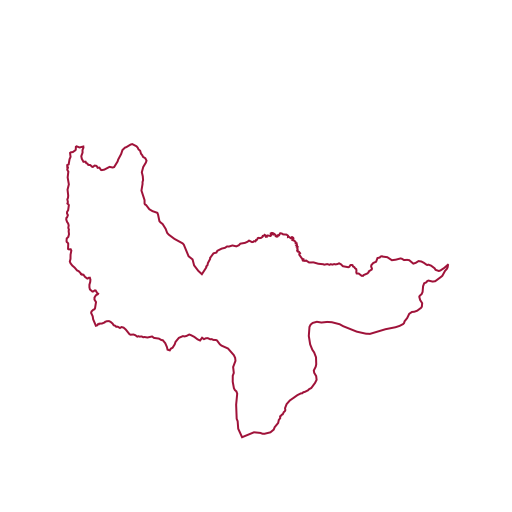 El Rosario, Nariño, Colombia, rotated 158°
{"feature_id": "7082276B32433349406288", "entity_name": "El Rosario", "entity_type": "district", "adm_level": 2, "iso_a3": "COL", "parent_name": "Colombia", "parent_adm1": "Nariño", "projection": "robinson", "projection_center": [-77.45, 1.827], "detail": "fine", "context": "isolated", "style": "outline", "palette": "rose", "viewbox_px": 512, "rotation_deg": 158, "n_neighbors": 0, "source": "geoboundaries", "source_scale": "gbopen_adm2", "svg_char_len": 6136}
<svg xmlns="http://www.w3.org/2000/svg" viewBox="0 0 512 512"><g transform="rotate(158 256 256)"><path d="M430.6,251.3L429.1,251.2L428.0,252.0L427.2,251.6L426.7,252.0L424.2,251.1L421.2,251.1L420.6,251.5L418.7,251.4L416.7,250.7L415.5,249.4L414.3,247.1L413.9,245.1L412.8,244.2L412.1,242.7L411.3,242.6L410.5,242.0L409.1,240.2L407.3,240.5L405.6,239.2L404.3,236.6L402.6,230.9L401.8,230.0L399.0,229.1L397.5,227.7L396.3,225.7L395.1,225.7L394.2,224.9L392.1,224.2L391.0,222.9L389.8,222.7L387.2,221.1L382.5,220.3L381.3,218.3L377.0,215.8L375.2,213.5L374.0,212.9L372.8,209.2L372.7,204.9L373.1,202.3L371.3,200.8L369.7,202.0L367.7,202.2L364.5,204.5L362.8,206.5L358.2,209.0L353.8,209.1L352.4,208.2L350.4,207.9L347.3,208.2L345.8,206.8L343.5,204.1L341.4,200.6L339.5,198.6L336.6,200.4L335.4,198.4L333.3,198.5L331.5,197.9L329.6,195.9L328.2,195.5L327.0,194.2L324.6,193.1L323.8,192.3L322.6,187.7L321.6,185.9L316.6,180.7L313.7,172.4L313.5,169.4L314.3,166.5L318.8,161.6L320.4,155.9L322.4,153.7L324.7,148.1L326.0,141.7L325.8,139.6L324.9,137.8L325.0,135.4L330.1,125.6L334.9,112.3L334.9,109.7L337.2,102.5L336.8,93.2L323.9,93.3L318.2,90.3L316.6,88.8L314.8,88.0L308.7,87.1L304.6,88.4L302.8,90.3L298.0,92.9L296.3,95.4L294.3,96.6L293.7,98.3L292.3,98.6L291.7,99.2L290.5,99.2L288.8,100.8L287.4,101.3L286.5,102.2L286.1,104.0L283.1,107.2L278.7,109.4L269.7,111.5L265.9,111.8L264.5,111.4L263.1,112.0L261.9,111.7L258.0,112.0L256.8,112.6L254.2,112.9L248.8,116.2L246.2,118.5L245.2,122.1L245.8,125.9L245.3,128.2L242.1,131.0L240.7,133.1L238.3,139.6L238.2,144.8L238.9,148.0L238.9,153.7L237.0,162.1L233.0,170.2L231.2,171.8L229.6,172.4L228.4,172.7L224.2,172.2L220.3,169.8L214.7,168.2L210.5,166.2L204.0,161.4L201.5,158.3L190.9,148.1L183.2,142.8L179.5,141.1L163.3,139.6L153.4,137.7L149.0,137.4L145.0,137.8L143.8,138.4L142.7,139.8L139.1,141.8L135.6,145.0L132.4,145.7L130.0,145.0L127.0,144.9L122.4,146.1L121.2,146.9L119.6,150.0L120.3,153.7L119.9,157.0L119.2,157.7L116.6,158.7L115.0,160.3L112.4,165.4L110.3,167.7L107.9,167.8L106.6,168.6L105.3,168.6L101.8,166.1L99.3,165.5L92.7,167.2L90.7,167.8L86.3,171.4L83.8,172.6L82.6,173.7L81.3,175.8L81.4,176.0L86.0,174.4L90.4,173.5L92.1,173.6L94.7,175.9L95.0,177.7L97.3,181.5L99.4,183.4L100.6,183.5L101.2,184.1L102.9,186.8L104.8,189.0L107.2,190.4L110.5,189.8L113.0,190.0L115.5,194.7L117.3,195.8L120.3,196.8L121.8,198.8L122.9,199.6L127.7,200.2L131.6,201.2L134.7,205.7L139.1,208.2L139.3,208.6L140.7,208.8L141.9,208.2L144.1,208.6L146.8,205.7L149.9,205.6L152.5,204.3L153.2,203.1L153.2,200.9L153.8,200.1L157.2,199.5L157.7,198.7L159.2,198.1L163.4,198.0L164.2,197.5L165.5,198.1L167.3,201.2L169.2,202.1L169.1,203.4L168.3,204.9L168.0,206.3L168.8,207.6L169.0,208.8L170.0,210.0L169.9,211.2L170.3,211.7L171.8,212.2L173.6,211.0L174.6,211.0L179.3,214.0L180.3,216.4L181.7,218.1L183.4,218.0L185.4,218.4L186.5,219.2L188.4,219.4L189.8,220.4L191.1,220.3L193.0,221.8L196.0,222.4L196.8,223.2L201.2,225.5L205.0,228.5L209.2,230.1L211.3,233.1L212.3,233.0L214.3,234.2L214.3,234.6L213.3,234.7L213.1,235.1L214.3,236.3L215.4,241.0L215.0,241.8L214.1,242.1L214.6,243.8L215.7,244.5L215.8,244.9L215.4,245.3L215.7,245.8L214.8,246.7L215.0,247.4L214.0,248.8L214.8,249.4L214.1,250.3L214.4,250.7L213.9,250.8L213.6,252.7L214.5,253.0L214.1,254.5L214.8,255.8L216.4,257.3L216.0,258.0L214.8,258.1L214.7,258.8L215.3,259.1L215.2,259.8L215.6,260.1L217.2,259.6L218.5,261.7L219.2,261.7L218.7,262.8L219.7,264.4L222.8,265.9L223.4,266.9L224.7,267.9L225.2,268.0L226.8,266.6L227.6,267.1L228.3,266.3L228.8,266.7L229.2,266.1L229.8,266.3L230.4,267.2L230.2,268.4L230.7,269.6L231.9,269.4L232.4,270.1L231.9,271.0L232.8,271.5L233.9,271.4L234.1,270.8L233.8,269.9L235.0,269.1L237.6,270.7L238.3,270.6L238.7,269.8L239.6,270.1L239.3,271.3L240.1,272.4L241.2,271.8L242.2,272.1L242.8,271.3L244.7,270.9L245.9,271.2L246.6,271.8L247.7,271.9L248.7,270.9L249.6,270.5L250.0,270.8L251.1,269.8L252.3,270.5L253.5,270.1L254.5,270.4L256.7,272.9L258.5,272.4L261.3,272.3L265.9,273.3L267.9,272.4L270.6,272.3L273.9,274.6L277.5,274.9L279.3,275.7L281.7,275.2L285.0,275.7L289.9,275.3L291.4,274.0L294.4,274.4L299.3,271.4L299.6,270.5L303.2,267.5L304.5,265.6L306.0,265.0L306.4,264.0L313.0,259.4L315.1,263.9L316.9,270.5L316.1,276.6L318.6,281.0L318.7,293.6L319.3,295.2L325.2,302.4L328.9,308.5L329.7,310.7L329.6,315.0L330.6,320.6L332.0,323.0L332.5,324.5L331.3,331.2L331.3,333.0L335.2,336.4L337.4,339.3L338.8,344.4L339.6,345.4L339.7,346.3L338.4,349.6L337.7,359.6L334.2,365.3L333.5,367.1L332.3,368.6L331.1,372.4L330.5,376.4L327.2,380.8L323.1,383.9L321.8,385.4L322.0,388.1L323.6,390.2L323.7,392.0L324.3,393.9L324.0,397.0L325.0,398.9L325.1,400.8L325.7,402.5L328.8,406.1L330.5,406.3L335.5,405.5L336.8,405.6L340.1,404.3L342.8,401.1L347.7,397.0L348.9,395.5L354.2,391.6L355.7,391.7L358.4,393.5L364.3,392.9L366.8,393.4L367.5,393.9L368.1,396.6L369.8,397.1L369.9,398.6L370.4,399.5L371.8,400.3L373.8,399.7L374.4,399.9L375.6,402.4L377.4,403.3L377.7,404.9L378.6,405.6L378.7,407.3L380.7,408.0L381.1,411.4L380.6,414.0L378.1,416.8L377.2,419.2L375.4,421.1L375.1,422.2L378.9,422.7L381.3,424.9L382.1,424.7L383.3,422.1L383.9,421.7L386.9,421.0L388.9,421.5L389.8,421.2L390.8,417.4L392.6,415.6L395.4,411.1L397.0,411.0L397.7,409.0L397.2,409.0L397.2,408.4L398.7,406.7L398.4,404.5L401.2,399.4L402.7,392.5L405.9,388.1L407.5,382.3L408.5,380.4L409.7,379.2L410.2,376.5L411.2,375.3L410.5,373.9L410.5,373.2L413.0,368.9L414.7,367.6L415.3,366.2L415.1,364.4L416.7,362.6L417.6,362.3L418.3,360.8L418.4,358.3L418.0,356.6L418.2,354.6L419.5,352.4L419.6,350.5L420.4,349.3L421.2,346.3L422.9,344.0L424.9,343.2L426.1,340.8L426.2,339.8L425.6,338.8L425.5,337.7L427.6,333.0L427.0,332.2L425.3,331.7L425.2,330.2L427.4,326.8L429.1,322.8L430.7,320.6L430.7,318.7L429.9,315.9L428.5,313.2L427.3,309.6L426.1,308.4L425.1,305.9L425.1,304.7L424.5,304.0L424.2,304.2L423.9,303.7L423.0,303.3L422.4,300.8L421.0,298.4L420.5,298.1L419.4,298.5L418.2,298.1L418.4,296.1L419.4,294.1L421.2,291.8L422.2,289.3L422.5,287.2L421.0,284.3L420.3,284.1L418.3,284.5L417.6,284.1L417.1,281.0L416.5,280.2L417.0,279.8L419.1,279.6L421.3,278.0L422.1,276.1L421.6,273.2L424.8,267.9L425.8,267.1L427.1,267.1L429.3,266.2L430.2,265.0L430.0,261.3L430.7,258.3L430.6,251.3Z" fill="none" stroke="#9f1239" stroke-width="2"/></g></svg>